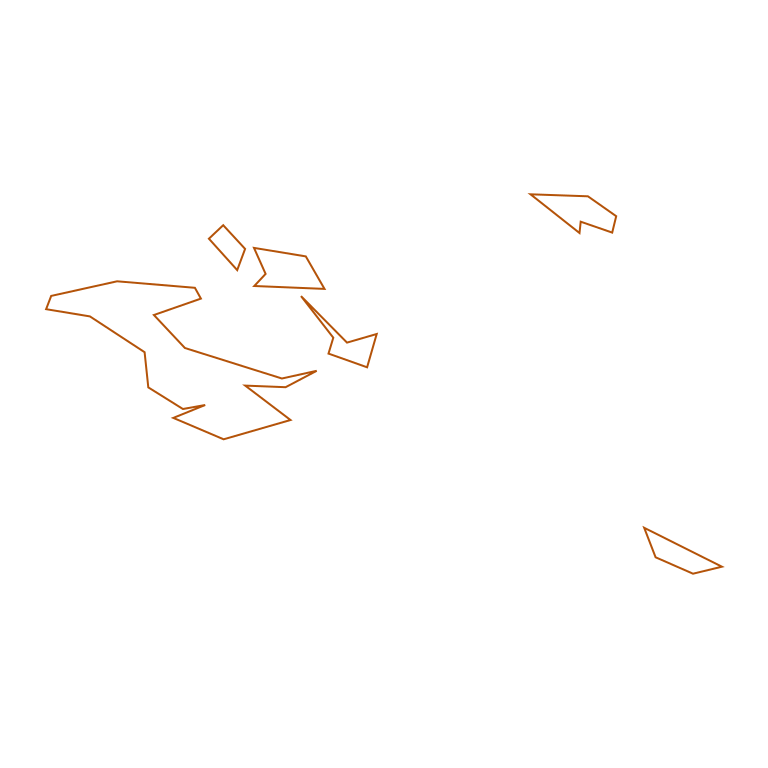 SVG path tracing the border of Milne Bay
{"feature_id": "PNG-1252", "entity_name": "Milne Bay", "entity_type": "Province", "adm_level": 1, "iso_a3": "PNG", "parent_name": "Papua New Guinea", "parent_adm1": "", "projection": "orthographic", "projection_center": [151.454, -10.028], "detail": "coarse", "context": "isolated", "style": "outline", "palette": "amber", "viewbox_px": 768, "rotation_deg": 0, "n_neighbors": 0, "source": "natural_earth", "source_scale": "10m", "svg_char_len": 729}
<svg xmlns="http://www.w3.org/2000/svg" viewBox="0 0 768 768"><path d="M117.1,281.3L194.9,287.8L200.9,298.6L153.9,315.0L184.9,348.0L281.9,378.5L316.7,370.8L285.6,387.2L245.2,385.6L290.5,420.0L223.6,439.3L173.3,417.9L205.2,405.0L182.9,409.0L148.3,387.4L144.6,352.2L89.9,316.4L46.1,309.2L51.2,295.9L117.1,281.3ZM324.5,288.9L254.3,286.0L265.6,273.9L254.0,247.9L305.8,256.4L324.5,288.9ZM616.2,216.2L612.2,232.6L580.7,221.7L579.5,233.0L530.5,194.3L587.9,196.3L616.2,216.2ZM347.0,342.6L376.7,334.0L367.1,367.3L328.5,353.6L333.3,337.7L301.0,296.1L347.0,342.6ZM721.9,566.7L693.0,573.7L655.6,557.3L644.2,527.8L721.9,566.7ZM245.1,248.9L237.2,270.1L208.9,238.7L223.2,225.2L245.1,248.9Z" fill="none" stroke="#b45309" stroke-width="2"/></svg>